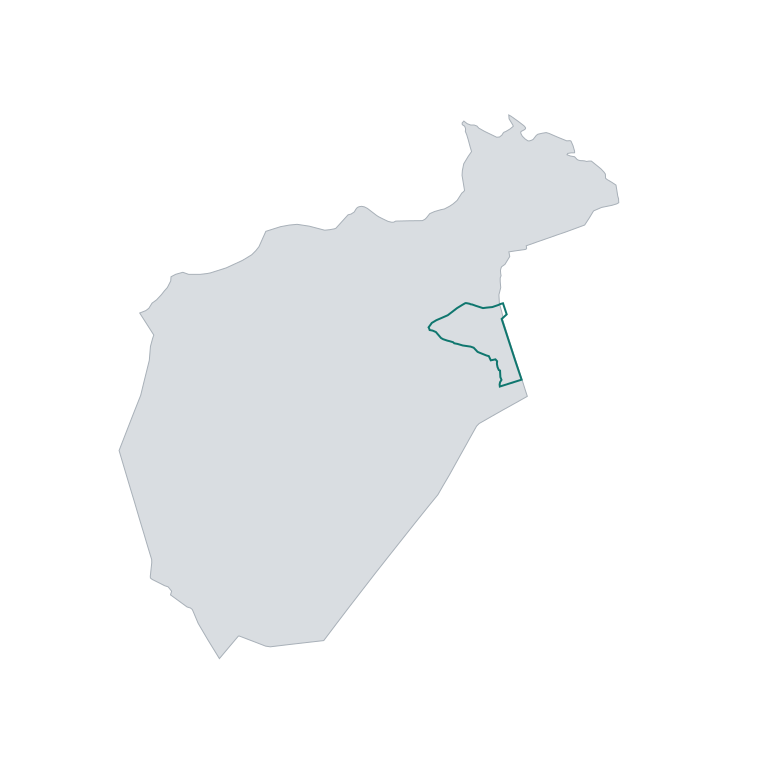 location of Tassara, Tahoua, Niger, rotated 162°
{"feature_id": "23599985B43997741220428", "entity_name": "Tassara", "entity_type": "district", "adm_level": 2, "iso_a3": "NER", "parent_name": "Niger", "parent_adm1": "Tahoua", "projection": "orthographic", "projection_center": [5.154, 17.489], "detail": "fine", "context": "in_parent", "style": "outline", "palette": "teal", "viewbox_px": 768, "rotation_deg": 162, "n_neighbors": 0, "source": "geoboundaries", "source_scale": "gbopen_adm2", "svg_char_len": 3996}
<svg xmlns="http://www.w3.org/2000/svg" viewBox="0 0 768 768"><g transform="rotate(162 384 384)"><path d="M594.4,527.0L587.9,527.4L584.2,528.7L579.6,532.6L574.3,534.3L568.0,537.8L564.0,540.5L560.2,542.7L555.0,547.9L553.4,551.8L548.2,552.7L540.8,552.4L536.0,548.7L525.1,545.1L518.0,543.7L514.7,543.3L498.1,543.2L480.4,545.3L471.4,547.4L469.8,547.8L464.7,550.4L460.5,553.2L449.2,565.7L433.9,565.6L424.9,564.4L417.3,562.7L406.3,557.2L392.9,548.6L387.8,547.5L383.2,546.9L381.6,547.0L365.9,556.0L362.8,555.8L359.1,556.8L356.6,559.0L354.8,560.1L352.9,560.3L350.4,559.9L347.9,558.5L345.5,556.1L338.9,546.5L337.5,544.8L334.7,542.0L330.0,537.5L326.8,535.5L324.8,534.9L322.5,535.3L309.8,531.5L297.0,527.5L294.2,528.0L292.3,528.9L287.8,531.9L282.7,532.4L276.1,532.2L272.5,531.8L266.6,532.8L262.7,533.9L257.7,536.0L251.0,541.5L249.2,542.2L247.6,543.1L245.3,558.3L243.5,562.8L240.1,568.8L233.5,574.5L228.9,578.0L228.8,582.7L228.4,590.4L228.3,595.6L228.6,599.1L227.8,600.7L227.5,602.2L227.7,604.4L228.8,605.5L229.4,606.9L229.0,608.1L226.8,609.4L224.5,605.9L221.5,603.5L218.2,602.4L215.9,600.6L214.8,598.1L210.4,593.3L200.5,583.8L199.4,583.6L197.8,583.2L194.9,584.3L193.2,585.8L192.0,586.4L190.1,586.5L185.3,587.6L181.5,589.1L181.4,590.3L183.1,597.5L182.2,601.3L180.5,599.5L175.1,592.2L171.4,586.8L170.7,585.6L170.2,583.8L170.6,583.0L172.1,582.4L175.6,581.8L176.2,581.2L176.4,579.8L175.9,577.0L174.0,573.3L172.0,570.8L170.9,570.3L168.8,570.2L166.6,570.5L162.3,573.4L160.4,574.0L156.0,573.6L152.1,573.0L149.7,571.4L142.8,565.3L135.1,558.8L131.8,557.9L131.1,557.2L130.6,552.3L130.8,546.5L131.3,545.0L134.5,546.0L138.0,546.5L139.1,545.5L136.4,543.3L132.5,541.2L131.0,537.9L129.9,536.8L128.1,535.7L126.1,535.0L124.1,534.1L122.7,533.1L120.4,532.7L117.9,531.9L114.5,526.7L111.2,521.6L109.3,517.6L108.6,515.2L109.7,511.2L108.7,509.6L105.0,505.4L101.9,501.5L102.8,495.6L103.6,490.7L103.7,487.6L104.2,485.9L104.7,483.9L106.8,483.4L112.1,483.5L122.5,484.7L130.9,483.9L131.4,483.7L137.3,478.6L144.0,473.2L153.8,472.8L164.4,472.4L172.7,472.3L184.8,472.0L194.7,471.8L206.0,471.5L206.4,469.0L207.1,468.4L208.2,468.3L216.6,469.8L224.4,471.1L225.0,466.4L232.0,460.4L235.9,459.2L236.8,458.2L238.1,456.2L238.9,453.0L239.2,450.8L240.7,449.0L241.8,445.6L243.2,439.6L247.1,433.4L249.4,424.9L249.7,416.7L250.2,410.5L251.3,409.2L251.3,398.2L251.4,387.1L251.4,377.7L251.4,366.0L251.4,355.7L251.4,344.6L251.5,334.6L251.5,328.0L259.3,326.4L267.4,324.8L279.2,322.5L291.9,319.9L305.8,317.0L309.0,315.3L319.4,305.7L324.1,301.3L333.4,292.7L340.6,286.0L349.7,277.5L359.3,269.0L366.9,262.1L379.0,254.3L397.0,242.5L414.9,230.6L432.8,218.7L450.6,206.8L468.2,194.8L485.8,182.8L503.3,170.7L520.6,158.6L538.8,162.3L556.1,165.8L573.4,169.2L577.6,171.3L587.2,179.1L599.5,189.0L600.0,189.2L600.5,189.2L611.3,182.5L625.4,173.7L630.6,195.2L634.7,213.8L635.7,225.7L636.0,228.8L637.3,230.8L640.2,232.8L652.2,249.4L650.0,252.6L652.0,257.8L655.0,260.0L664.8,269.7L666.1,271.7L665.7,273.3L660.1,285.8L659.2,288.8L658.9,304.4L658.6,315.3L658.3,330.3L657.8,348.3L657.5,363.5L657.0,383.6L656.5,402.6L647.6,413.5L631.9,432.7L618.9,448.4L612.5,458.8L599.9,479.0L594.5,491.9L590.0,498.8L587.8,501.7L590.2,510.9L594.4,527.0Z" fill="#d9dde1" stroke="#a8b0b8" stroke-width="1"/><path d="M291.1,433.6L302.1,429.7L309.0,429.0L314.5,428.5L319.7,427.3L321.0,426.3L324.1,424.1L323.9,422.8L323.9,421.2L321.3,419.8L318.6,417.4L316.8,413.1L315.6,410.2L314.0,408.4L310.4,405.7L308.3,404.4L305.4,402.4L304.6,401.0L301.7,399.4L297.2,396.3L290.1,392.8L287.5,390.8L285.1,385.7L284.0,384.7L277.8,379.5L275.7,378.1L275.1,373.5L270.4,373.0L269.4,370.7L270.4,368.3L270.8,365.0L270.5,361.8L269.5,360.9L271.2,354.6L271.0,351.6L273.1,349.8L274.2,347.8L274.6,345.8L251.8,345.6L252.0,366.0L252.0,409.5L245.8,412.3L245.9,424.0L248.4,424.1L250.8,423.8L257.2,423.7L262.7,424.9L266.4,425.6L267.7,426.5L269.6,427.9L272.4,429.9L275.6,432.4L276.9,433.0L277.7,433.8L279.8,435.0L281.2,435.7L282.1,435.7L283.5,435.4L285.3,435.0L291.1,433.6Z" fill="none" stroke="#0f766e" stroke-width="2"/></g></svg>